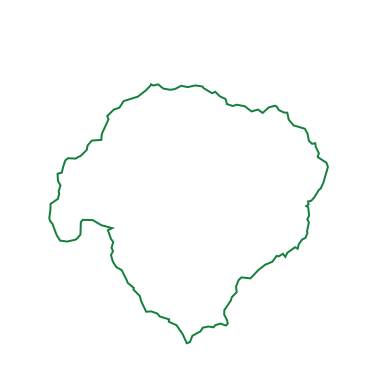 outline of Villalba, Puerto Rico, rotated 40°
{"feature_id": "32010507B77779311465946", "entity_name": "Villalba", "entity_type": "district", "adm_level": 2, "iso_a3": "PRI", "parent_name": "Puerto Rico", "parent_adm1": "", "projection": "natural_earth1", "projection_center": [-66.472, 18.13], "detail": "fine", "context": "isolated", "style": "outline", "palette": "green", "viewbox_px": 384, "rotation_deg": 40, "n_neighbors": 0, "source": "geoboundaries", "source_scale": "gbopen_adm2", "svg_char_len": 1989}
<svg xmlns="http://www.w3.org/2000/svg" viewBox="0 0 384 384"><g transform="rotate(40 192 192)"><path d="M255.1,75.4L253.0,77.9L248.7,77.7L243.1,73.1L237.9,71.0L226.9,75.7L219.6,74.4L214.0,70.0L211.4,72.0L206.0,73.4L202.3,72.2L200.2,72.5L196.4,77.9L195.3,86.0L189.6,86.4L185.8,92.0L177.3,92.4L170.0,96.5L168.0,99.9L162.2,102.2L160.3,100.8L157.8,99.2L151.9,100.8L145.4,100.3L143.9,103.4L134.2,105.0L132.1,104.5L126.0,108.3L121.2,114.5L115.5,117.5L112.7,124.2L109.6,127.7L103.6,131.2L96.9,131.3L93.8,135.4L91.4,135.9L91.8,137.0L91.3,144.1L89.2,153.8L81.2,166.3L82.2,174.1L79.1,179.1L78.5,186.1L78.2,188.3L81.3,190.0L85.6,205.5L89.0,210.4L82.2,217.0L82.1,223.4L84.3,227.4L83.6,235.4L83.3,236.4L82.6,237.6L81.3,241.3L75.4,245.7L74.6,249.2L77.2,255.7L79.8,260.8L77.3,264.4L82.2,269.7L87.0,271.5L89.4,277.2L91.5,278.8L93.7,283.5L91.3,292.0L95.3,297.1L99.5,303.8L101.7,305.3L105.5,306.1L116.0,312.0L122.2,314.0L128.1,310.3L133.3,303.6L133.9,301.4L133.9,296.3L126.2,286.5L126.3,283.5L134.1,277.3L143.9,275.7L154.1,271.0L152.1,275.3L160.0,280.0L163.8,280.9L166.2,286.4L169.6,288.2L170.5,292.4L176.3,296.3L182.4,298.2L188.2,297.0L198.4,301.4L201.2,302.9L209.2,302.9L209.8,304.4L218.8,305.2L223.0,308.2L233.8,313.2L237.6,309.6L243.6,307.4L247.3,308.1L256.3,304.3L257.5,306.3L265.7,304.0L276.2,306.9L285.2,311.2L286.9,308.3L284.7,301.9L288.1,293.2L287.5,289.0L291.0,284.5L295.5,281.8L295.5,279.0L298.5,274.4L303.7,272.6L304.1,270.0L301.2,267.6L295.4,265.2L292.7,261.7L291.5,250.2L290.1,247.0L290.6,239.9L286.6,236.2L284.3,229.5L284.8,225.6L292.3,220.6L293.0,209.1L294.8,200.7L298.4,193.7L297.9,186.5L299.7,185.7L301.4,180.9L305.2,181.7L304.1,177.4L306.4,168.1L309.4,167.5L307.4,163.3L306.9,157.6L308.4,154.4L306.8,149.2L305.3,148.0L301.1,140.2L297.9,138.8L296.9,134.8L290.7,128.9L288.6,129.3L289.3,126.6L287.0,124.7L289.0,122.0L289.1,117.5L287.8,108.4L288.4,106.9L286.6,100.3L280.0,85.4L276.2,83.2L265.8,84.4L264.3,80.8L257.6,77.8L255.1,75.4Z" fill="none" stroke="#15803d" stroke-width="2"/></g></svg>